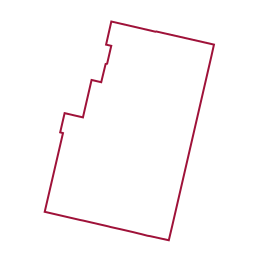 Washington, Utah, United States of America, rotated 283°
{"feature_id": "52423323B49385096596015", "entity_name": "Washington", "entity_type": "district", "adm_level": 2, "iso_a3": "USA", "parent_name": "United States of America", "parent_adm1": "Utah", "projection": "robinson", "projection_center": [-113.676, 37.309], "detail": "fine", "context": "isolated", "style": "outline", "palette": "rose", "viewbox_px": 256, "rotation_deg": 283, "n_neighbors": 0, "source": "geoboundaries", "source_scale": "gbopen_adm2", "svg_char_len": 619}
<svg xmlns="http://www.w3.org/2000/svg" viewBox="0 0 256 256"><g transform="rotate(283 128 128)"><path d="M228.6,193.0L228.4,133.8L228.0,133.1L228.0,87.8L204.3,87.9L204.3,93.2L186.0,93.2L185.3,91.8L166.6,91.6L166.6,81.7L131.6,81.7L128.2,81.7L128.2,62.9L108.5,62.9L108.4,65.8L27.6,65.7L27.6,68.3L27.6,84.0L27.6,87.3L27.6,89.5L27.6,93.6L27.6,102.2L27.7,105.1L27.7,115.0L27.7,131.3L27.6,133.2L27.6,133.3L27.7,143.9L27.7,156.8L27.6,162.1L27.6,164.8L27.4,171.2L27.6,173.9L27.6,174.5L27.8,193.0L42.6,193.1L113.7,193.1L124.7,193.1L153.0,193.1L216.8,193.1L228.6,193.0Z" fill="none" stroke="#9f1239" stroke-width="2"/></g></svg>